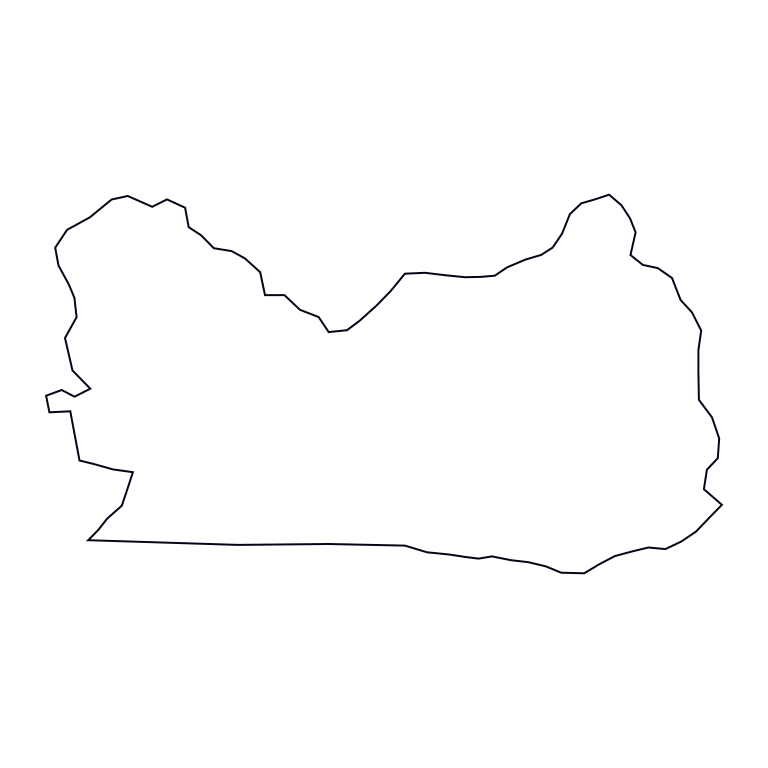 Canudos do Vale, Rio Grande do Sul, Brazil (orthographic projection)
{"feature_id": "56859067B82095060655770", "entity_name": "Canudos do Vale", "entity_type": "district", "adm_level": 2, "iso_a3": "BRA", "parent_name": "Brazil", "parent_adm1": "Rio Grande do Sul", "projection": "orthographic", "projection_center": [-52.234, -29.324], "detail": "fine", "context": "isolated", "style": "outline", "palette": "ink", "viewbox_px": 768, "rotation_deg": 0, "n_neighbors": 0, "source": "geoboundaries", "source_scale": "gbopen_adm2", "svg_char_len": 1307}
<svg xmlns="http://www.w3.org/2000/svg" viewBox="0 0 768 768"><path d="M88.2,540.2L238.0,544.9L328.4,544.0L404.9,545.6L427.1,552.3L449.1,554.5L465.5,557.0L478.6,558.6L491.9,556.4L511.1,560.2L528.4,562.2L545.6,566.3L561.2,572.7L584.2,573.3L599.0,564.4L614.8,556.1L632.6,551.3L648.5,547.5L665.4,549.1L681.3,541.5L696.0,531.6L709.1,517.9L721.9,504.8L703.9,489.2L706.9,469.7L717.8,458.2L719.2,438.5L712.0,417.4L698.9,399.8L698.4,372.1L698.4,350.1L701.2,330.6L692.0,312.4L680.6,300.0L672.0,278.0L657.8,268.1L642.8,264.9L630.5,255.0L635.6,232.3L630.0,218.3L621.4,205.2L609.1,194.7L594.9,199.4L581.3,203.3L569.9,214.1L562.1,233.6L552.6,247.6L541.2,254.9L525.1,259.7L507.0,267.4L494.8,275.7L480.6,276.9L465.0,277.2L445.8,275.3L424.9,272.8L404.9,273.7L390.7,291.0L376.5,305.6L359.8,320.6L347.0,330.2L328.7,332.1L318.7,317.1L300.0,309.8L284.4,295.1L265.0,295.1L260.2,272.2L244.9,258.4L231.6,251.1L213.8,248.2L201.0,235.2L188.7,227.2L185.1,207.7L167.0,199.4L152.2,206.8L127.8,196.0L111.6,199.5L89.9,217.3L67.1,229.8L55.2,247.7L58.5,265.5L68.8,284.4L74.4,297.8L76.6,317.2L65.0,338.0L72.5,370.5L90.3,388.7L74.5,396.7L61.7,390.0L46.1,395.7L49.4,412.3L70.3,411.3L79.5,460.5L93.7,464.0L112.9,469.4L132.9,472.2L127.9,487.6L121.8,505.7L107.3,518.5L98.2,530.0L88.2,540.2Z" fill="none" stroke="#020617" stroke-width="2"/></svg>